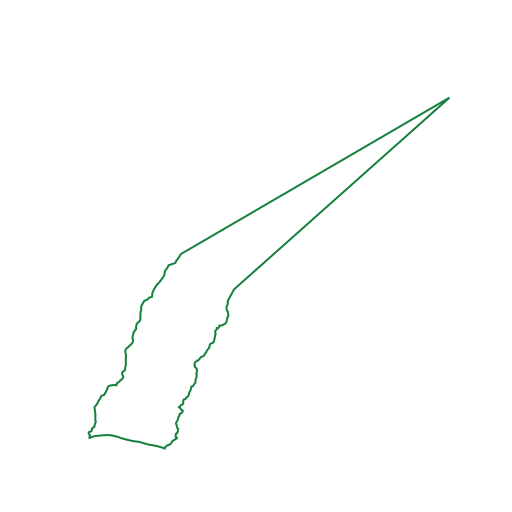 Kirinyaga Central, Central, Kenya, rotated 41°
{"feature_id": "3690345B89320584549641", "entity_name": "Kirinyaga Central", "entity_type": "district", "adm_level": 2, "iso_a3": "KEN", "parent_name": "Kenya", "parent_adm1": "Central", "projection": "mercator", "projection_center": [37.269, -0.377], "detail": "fine", "context": "isolated", "style": "outline", "palette": "green", "viewbox_px": 512, "rotation_deg": 41, "n_neighbors": 0, "source": "geoboundaries", "source_scale": "gbopen_adm2", "svg_char_len": 5369}
<svg xmlns="http://www.w3.org/2000/svg" viewBox="0 0 512 512"><g transform="rotate(41 256 256)"><path d="M298.1,9.5L198.5,302.4L198.2,303.5L198.1,304.5L198.3,305.7L198.7,306.5L198.7,307.4L198.7,308.4L198.8,309.4L198.9,310.5L198.9,311.6L199.1,312.4L199.6,313.6L199.5,314.6L199.1,315.4L198.2,316.7L197.4,318.0L196.8,319.5L196.1,320.2L196.3,321.1L196.7,322.4L197.0,323.5L197.0,324.4L196.9,325.3L197.1,326.6L197.6,327.8L198.1,328.7L198.7,329.6L199.2,330.5L199.6,331.6L199.7,332.4L199.9,333.5L199.9,334.4L200.0,335.4L200.1,336.4L200.1,337.4L200.3,338.7L200.3,339.6L200.2,340.7L200.0,342.2L200.2,343.4L200.3,344.3L200.4,345.4L200.6,346.7L200.9,348.1L201.3,349.6L201.7,350.8L202.2,352.1L202.9,353.1L203.6,353.9L204.3,355.1L203.5,356.1L202.7,357.6L202.7,359.2L202.6,360.3L201.9,361.5L201.2,362.9L201.3,364.5L201.8,366.6L202.0,367.6L202.2,368.4L202.5,369.4L203.3,370.5L204.4,371.7L205.2,373.1L206.0,374.6L207.4,376.3L208.6,377.5L209.2,378.3L209.8,379.3L210.4,379.8L210.7,380.6L210.8,381.7L210.8,382.7L210.6,383.6L210.5,384.9L210.8,386.2L211.5,387.2L212.3,388.6L212.9,389.2L213.6,389.9L213.3,391.1L213.7,392.3L213.9,393.1L213.6,394.0L214.3,394.7L214.7,395.6L215.1,396.7L215.9,398.0L216.6,398.9L217.7,399.7L218.7,400.5L219.2,401.3L219.6,402.3L219.6,403.1L219.7,404.0L219.8,404.9L219.6,405.9L219.3,406.8L219.3,407.9L219.4,408.9L219.0,410.0L218.9,411.4L219.1,412.4L219.5,413.2L220.2,414.0L221.1,414.8L222.2,415.5L223.5,416.8L224.1,417.7L224.8,418.8L225.9,419.6L226.5,420.5L227.2,421.5L228.1,422.3L228.8,422.9L229.3,423.7L229.7,424.7L230.3,425.7L230.9,426.6L231.8,427.6L232.0,428.7L231.7,429.7L231.3,430.7L231.8,432.1L232.6,433.1L233.7,433.5L234.6,433.9L235.4,434.6L235.6,435.7L235.6,436.8L235.4,438.0L235.3,439.3L235.2,440.6L234.9,441.6L234.5,443.2L234.9,444.1L235.5,445.0L234.8,445.7L233.7,446.1L233.1,447.0L232.3,447.8L231.6,448.6L231.0,449.3L230.4,450.4L230.1,451.6L230.4,452.8L230.9,453.8L231.4,454.8L231.4,455.7L231.8,456.8L232.1,458.5L232.4,459.6L232.5,460.5L231.8,461.5L231.2,462.9L231.2,464.1L231.8,465.2L232.0,466.4L232.1,467.5L232.2,468.3L232.4,469.4L232.7,470.6L233.1,471.7L233.2,472.7L233.2,473.8L233.2,474.9L233.3,475.8L233.8,476.7L234.8,477.4L235.8,478.3L238.0,480.3L239.0,481.1L239.6,482.1L240.4,483.0L241.0,483.6L242.1,484.9L243.0,485.6L243.8,486.2L244.3,487.3L244.6,488.7L245.5,489.9L246.1,490.8L245.7,492.2L245.3,493.6L246.0,494.7L246.5,495.5L246.6,496.7L245.8,497.8L245.4,498.8L246.3,499.8L247.3,500.0L248.3,500.1L248.7,501.4L249.7,502.5L250.4,501.4L250.8,500.5L251.4,499.4L252.1,498.2L252.7,497.5L253.2,496.8L254.0,496.0L255.1,494.9L256.0,494.0L256.9,493.0L257.9,491.9L258.7,491.1L259.5,490.4L260.2,489.6L261.1,488.8L262.0,488.1L262.8,487.5L263.7,486.8L264.6,486.2L265.6,485.6L267.0,484.9L268.0,484.4L268.9,483.9L269.9,483.4L270.9,483.0L272.4,482.4L273.6,482.0L274.7,481.5L275.8,480.9L276.9,480.5L277.7,480.0L278.7,479.5L280.0,478.9L280.8,478.4L281.7,477.9L282.5,477.5L283.7,476.9L284.8,476.2L286.0,475.5L287.1,474.7L288.0,474.1L288.9,473.5L290.1,472.8L291.2,472.2L292.1,471.8L293.3,471.3L294.5,470.8L295.5,470.3L296.5,469.8L297.3,469.4L298.4,468.9L299.1,468.5L299.9,468.1L300.8,467.5L302.0,466.7L303.3,466.0L304.4,465.3L305.4,464.8L306.6,464.2L307.8,463.5L308.9,463.1L309.7,462.7L310.7,462.2L311.8,461.7L313.4,461.2L313.0,460.2L313.0,458.6L313.2,457.4L313.9,456.3L314.1,455.5L314.5,454.8L314.8,453.7L314.8,452.7L314.5,451.6L314.3,450.5L314.7,449.3L315.2,447.7L315.5,446.6L315.9,445.8L315.4,445.0L314.5,445.1L313.7,445.1L313.0,444.0L312.3,443.0L312.3,441.9L312.8,441.2L312.2,440.2L311.7,439.1L310.8,437.5L309.5,437.5L308.7,436.9L307.9,436.4L307.0,435.7L305.7,435.0L305.1,434.2L304.9,433.0L304.6,431.4L303.9,429.9L303.3,429.0L303.2,428.2L303.0,427.4L302.8,426.4L302.1,425.6L302.3,424.4L302.9,423.7L302.8,422.7L302.7,421.7L302.1,420.7L300.5,421.1L299.4,420.6L298.4,420.4L297.1,420.6L297.2,419.3L297.2,418.2L297.4,417.1L298.0,415.9L297.8,414.9L296.9,414.0L295.9,412.9L295.6,411.9L296.1,411.2L296.7,410.3L296.5,409.3L296.3,408.3L296.8,406.9L296.6,405.7L296.5,404.9L295.8,404.0L295.2,402.8L294.9,401.6L294.7,400.2L294.0,398.9L293.4,397.9L292.9,397.0L293.5,396.2L293.8,395.2L293.6,394.2L293.4,393.2L293.5,392.1L293.2,391.2L292.6,390.4L291.8,389.2L291.2,388.2L290.9,387.0L290.3,386.1L289.7,385.1L288.7,384.4L288.0,383.8L287.7,382.7L286.7,381.3L285.9,380.5L284.8,379.9L283.6,379.9L282.4,379.7L281.9,378.8L280.6,378.2L280.0,377.1L279.8,376.2L279.9,375.3L280.2,374.6L280.1,373.6L280.8,373.0L281.0,371.7L280.8,370.6L280.8,369.6L280.8,368.4L281.3,367.3L281.8,366.5L282.1,365.8L282.0,364.6L281.5,363.5L281.6,362.3L281.6,361.2L281.2,360.5L281.0,359.5L280.9,358.5L280.9,357.2L280.9,355.7L280.1,354.9L279.7,353.7L279.2,352.7L279.4,351.7L279.8,351.0L280.3,350.2L280.4,349.0L280.2,347.7L279.8,347.0L279.1,346.2L278.7,345.0L277.9,343.9L277.3,343.0L277.0,341.8L276.4,341.2L275.6,340.5L274.5,339.6L274.5,338.1L274.3,336.8L273.7,336.1L274.7,335.7L274.8,334.7L274.8,333.5L274.0,332.8L274.6,332.1L275.2,331.2L275.8,330.6L276.3,329.8L276.5,328.8L276.9,327.9L277.2,327.0L277.2,325.8L276.7,324.6L275.9,323.3L275.4,322.1L274.7,321.2L274.6,319.7L273.8,318.6L272.6,317.7L271.3,316.5L270.0,316.2L268.7,315.5L268.0,314.7L267.2,313.9L266.9,312.8L266.6,311.6L266.0,310.7L265.5,309.8L264.6,309.1L264.2,307.9L263.8,307.0L263.6,306.0L263.4,305.1L263.2,304.0L262.9,303.0L262.5,300.9L262.3,299.9L261.9,297.9L261.4,295.9L261.4,295.0L298.1,9.5Z" fill="none" stroke="#15803d" stroke-width="2"/></g></svg>